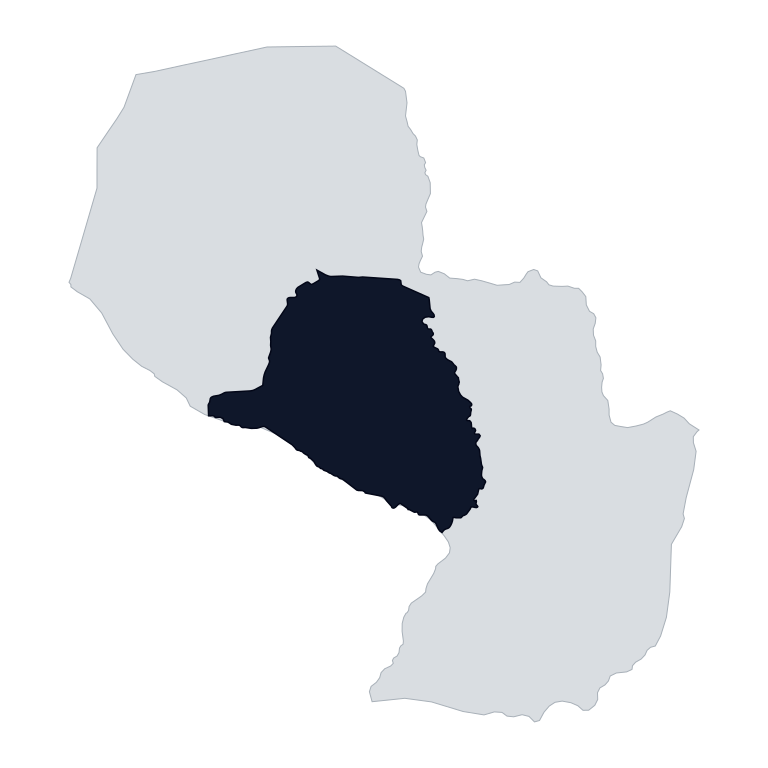 Paraguay, with Presidente Hayes highlighted
{"feature_id": "PRY-605", "entity_name": "Presidente Hayes", "entity_type": "Department", "adm_level": 1, "iso_a3": "PRY", "parent_name": "Paraguay", "parent_adm1": "", "projection": "mercator", "projection_center": [-58.464, -23.686], "detail": "fine", "context": "in_parent", "style": "filled", "palette": "ink", "viewbox_px": 768, "rotation_deg": 0, "n_neighbors": 0, "source": "natural_earth", "source_scale": "10m", "svg_char_len": 8233}
<svg xmlns="http://www.w3.org/2000/svg" viewBox="0 0 768 768"><path d="M405.5,116.0L407.1,121.8L408.1,126.3L410.6,129.5L413.1,133.7L415.5,136.1L417.3,140.0L416.8,144.5L417.8,150.3L419.0,155.4L420.3,156.7L423.8,158.0L425.6,162.6L424.3,164.9L424.8,167.6L426.1,170.2L424.9,172.7L425.5,174.6L427.9,176.3L430.2,182.7L430.4,193.6L427.9,199.4L425.9,204.2L425.5,207.1L426.9,211.4L424.5,216.4L421.5,222.6L422.2,226.8L422.7,230.8L423.0,235.1L423.7,239.1L422.7,243.4L421.7,247.1L421.2,251.4L422.5,256.2L420.3,260.7L419.0,263.9L418.5,267.1L420.7,272.2L426.4,274.3L430.9,274.9L435.1,272.2L438.3,271.4L444.3,273.8L449.7,278.1L456.7,278.6L462.9,279.4L467.6,280.8L474.5,279.2L481.7,280.8L490.1,283.2L497.1,285.3L504.0,284.8L509.2,284.5L514.7,282.1L519.9,282.4L523.8,278.1L526.1,274.3L528.0,271.7L533.7,269.5L537.7,270.9L540.9,277.8L546.6,281.8L548.9,284.8L553.1,286.1L562.2,286.4L567.9,286.1L574.4,288.3L578.6,288.3L582.3,292.0L585.8,296.6L586.3,304.9L589.5,311.3L593.7,313.7L595.9,317.8L595.2,323.4L593.2,329.0L593.5,335.2L595.7,340.9L595.7,346.5L597.2,352.2L600.1,357.0L601.1,364.9L600.6,370.5L602.6,373.8L603.4,378.4L602.1,382.1L601.6,387.3L601.9,391.9L603.4,395.6L607.8,400.5L609.1,409.2L609.1,415.1L611.0,422.2L614.8,425.4L620.7,426.5L627.6,427.6L636.1,426.0L643.5,424.1L647.7,422.2L655.9,417.0L663.1,414.1L666.8,412.2L670.3,410.8L677.5,414.1L684.1,418.1L689.3,423.8L699.0,430.0L697.1,431.6L693.3,436.7L693.4,442.7L696.1,451.3L693.7,469.6L686.2,497.6L683.1,513.9L684.4,518.5L681.7,526.7L671.4,544.3L671.0,556.2L669.8,592.0L666.4,617.3L660.6,636.0L655.3,646.0L650.5,647.3L647.1,650.3L645.0,655.0L641.2,659.0L635.6,662.2L632.5,665.7L632.0,669.4L626.6,671.9L616.3,673.0L610.2,676.0L608.4,681.0L605.0,684.9L599.9,687.9L597.5,692.7L597.7,699.5L594.8,705.3L588.7,710.2L583.0,710.3L577.8,705.7L570.9,702.7L562.2,701.1L555.0,702.3L549.2,706.1L544.0,712.2L539.5,720.5L534.5,721.9L529.0,716.4L522.1,714.7L513.7,716.8L507.0,716.1L502.0,712.4L494.3,711.9L484.0,714.9L463.1,711.5L431.5,701.9L404.8,698.3L372.1,701.7L369.4,691.7L371.1,686.4L376.4,682.3L379.7,677.7L381.1,672.6L384.8,668.7L390.7,666.0L393.3,663.3L392.4,660.5L393.6,658.1L397.1,656.0L399.0,652.6L399.5,648.1L400.8,645.9L403.1,644.2L403.4,641.0L402.1,631.3L402.2,623.4L403.8,617.2L405.9,613.4L407.3,612.5L408.6,610.3L409.1,606.5L411.3,603.1L421.7,595.9L425.6,592.1L426.0,588.5L427.5,583.8L433.7,573.5L435.6,568.7L435.8,566.3L438.0,563.8L445.5,558.1L449.5,552.8L450.2,547.7L448.4,542.0L444.1,535.7L430.8,519.8L420.5,512.6L407.2,506.6L398.5,504.7L394.3,506.8L390.1,505.1L385.8,499.8L378.5,495.5L363.2,490.9L328.5,472.4L314.6,463.5L309.9,458.0L296.9,448.1L275.7,433.8L259.3,426.9L248.0,427.3L229.7,423.2L204.7,414.5L190.2,406.2L186.3,398.0L177.1,389.9L162.4,381.8L154.8,376.4L154.2,373.8L149.9,370.5L141.8,366.4L132.9,359.3L123.1,349.3L112.8,333.9L101.7,313.0L89.8,298.9L77.2,291.7L70.9,286.9L70.9,284.5L69.0,282.3L70.7,278.3L75.3,262.5L82.0,239.6L88.9,215.9L97.0,188.1L97.0,168.5L97.1,147.8L108.6,130.8L116.9,118.7L124.0,107.3L131.2,87.7L136.0,74.6L154.3,71.5L185.5,64.7L201.0,61.4L233.8,54.2L267.0,47.0L302.0,46.5L335.7,46.1L361.9,62.3L381.9,74.7L403.9,88.3L405.5,91.3L407.0,102.8L405.5,116.0Z" fill="#d9dde1" stroke="#a8b0b8" stroke-width="1"/><path d="M215.9,417.5L215.2,417.3L213.7,415.9L213.0,415.7L208.6,415.8L208.2,405.3L208.3,404.7L208.5,404.2L209.5,402.5L209.8,401.5L210.3,398.6L210.7,397.9L211.4,397.2L212.6,396.6L213.7,396.2L219.0,395.3L221.7,394.2L224.1,392.9L225.1,392.5L226.1,392.3L250.4,390.9L253.0,390.4L254.7,389.7L262.2,385.7L262.8,385.3L262.8,385.2L263.5,378.0L264.2,374.8L265.2,371.8L268.5,364.9L269.4,362.6L269.6,361.2L269.4,360.3L268.8,358.8L268.6,358.2L268.6,357.7L270.6,352.2L271.0,350.5L271.2,349.1L270.6,345.3L270.8,341.6L270.5,337.4L270.7,336.5L271.4,333.9L271.5,332.9L271.5,330.8L271.8,329.5L272.5,327.9L287.0,306.2L287.5,305.2L287.6,303.9L287.6,303.6L287.1,299.8L287.3,298.9L287.8,298.3L288.9,297.7L290.1,297.5L294.4,297.5L295.5,297.2L296.3,296.7L296.9,295.7L297.0,295.0L296.9,294.5L295.9,292.6L295.7,291.9L295.7,291.3L295.8,290.5L296.0,290.0L296.4,289.1L297.0,288.3L298.0,287.3L305.7,282.6L306.7,282.2L307.8,282.0L308.5,282.4L309.1,282.8L309.8,283.5L310.4,283.9L311.0,284.3L311.5,284.4L311.9,284.4L313.7,283.5L318.4,280.7L319.5,279.7L319.7,279.2L319.5,278.1L316.9,270.1L325.3,274.8L328.1,275.9L329.9,276.4L331.1,276.5L342.6,276.1L358.6,277.4L362.5,277.0L397.7,279.4L399.6,279.9L400.7,280.7L401.2,284.6L401.8,285.4L402.9,286.1L428.8,297.6L429.2,299.5L430.1,308.7L431.2,311.2L433.1,313.4L434.0,314.7L434.3,316.5L433.6,317.3L431.9,317.3L428.7,316.7L425.2,317.2L422.7,319.0L421.9,321.4L423.5,323.9L424.3,324.2L426.0,324.7L426.6,325.1L427.0,325.9L427.4,327.8L427.9,328.7L428.6,329.1L430.3,329.0L431.0,329.3L431.5,329.9L431.8,330.4L432.2,331.8L433.0,332.8L433.3,333.6L433.2,334.5L432.6,335.4L431.6,336.1L430.9,336.8L431.0,337.6L433.5,340.0L434.5,341.3L434.8,343.0L433.2,346.2L434.3,347.3L437.7,348.9L438.4,349.9L438.9,351.4L440.1,351.9L443.0,351.9L444.4,352.5L445.0,353.5L445.1,354.9L445.1,356.6L445.6,357.9L446.8,359.1L448.3,360.1L451.1,361.5L451.6,361.8L452.2,362.4L454.1,364.9L454.9,365.5L456.1,366.7L456.4,367.2L456.4,369.0L456.2,369.4L455.9,370.3L455.2,371.4L454.8,371.9L454.6,372.5L454.8,373.6L455.3,374.4L456.6,375.7L457.1,376.6L458.1,377.4L458.4,377.8L458.4,378.5L458.9,380.9L459.2,381.8L459.2,382.4L458.9,383.2L458.8,384.1L458.1,385.6L457.9,386.5L457.9,387.5L458.3,389.2L458.4,390.1L458.6,391.3L460.5,394.9L462.5,397.1L468.0,400.2L470.2,402.2L471.4,403.5L471.7,404.2L471.7,405.0L471.3,405.8L470.0,406.3L469.7,406.9L469.9,407.7L470.5,408.3L471.1,408.8L471.3,409.2L471.3,409.9L470.7,412.3L470.5,414.8L470.2,415.7L468.5,416.8L468.2,417.1L468.0,417.5L467.4,418.1L466.9,418.9L466.6,419.9L467.0,420.5L467.9,420.6L468.9,420.6L469.7,420.7L471.1,422.4L471.4,424.4L471.5,426.6L472.3,428.6L473.8,428.1L475.0,428.9L475.6,430.3L475.1,431.7L474.6,432.4L474.5,433.2L474.9,433.9L475.6,434.2L478.3,434.1L479.0,434.2L480.2,435.8L479.5,437.4L478.2,439.0L477.5,440.4L476.2,442.0L475.9,442.4L475.8,442.8L475.8,443.2L475.9,444.3L476.1,445.0L476.4,445.6L477.9,447.2L478.5,448.0L479.3,449.6L479.6,450.6L480.0,455.7L480.6,458.2L481.4,464.0L481.7,465.2L482.6,467.3L482.5,468.1L481.8,470.7L481.5,474.1L481.5,475.7L481.8,476.8L482.3,477.9L482.9,478.9L483.9,479.5L485.1,480.6L485.6,481.9L484.0,485.2L483.6,486.7L483.2,488.0L482.0,488.9L481.2,488.9L480.5,488.7L479.9,488.5L479.0,488.9L478.7,489.5L477.6,494.2L473.7,499.5L473.8,500.0L474.4,500.8L475.0,500.9L475.7,500.4L476.2,500.4L476.4,501.6L476.2,502.6L476.0,503.3L476.0,504.1L476.6,505.0L477.5,506.0L477.8,506.7L477.4,507.2L476.4,507.6L474.8,507.4L472.7,506.9L471.0,507.1L470.2,509.0L466.6,513.9L465.8,514.5L464.9,515.0L464.0,515.4L463.3,515.6L462.7,515.9L461.3,517.5L460.7,517.8L458.3,517.8L456.1,517.8L454.0,517.4L453.1,517.5L452.8,518.7L452.5,520.8L451.8,523.0L450.8,525.2L449.7,526.9L448.7,527.9L447.7,528.4L445.6,529.1L444.5,529.7L443.6,530.5L442.0,532.5L439.7,530.9L438.3,528.9L435.9,523.5L435.0,522.4L432.6,521.2L431.5,520.4L428.2,516.5L427.1,515.6L425.6,515.0L419.7,515.0L418.7,514.6L418.2,513.8L417.9,512.9L417.4,512.2L416.7,512.0L415.0,512.2L414.3,512.2L409.1,509.5L408.2,509.6L407.4,508.3L400.7,503.6L399.3,503.7L398.0,504.6L395.9,506.8L395.0,507.5L394.1,508.0L393.2,508.1L392.3,507.8L391.9,507.4L391.6,506.7L391.2,505.9L386.4,500.5L384.6,498.0L383.7,497.1L382.0,496.2L365.4,493.0L365.0,492.6L364.9,491.9L364.4,491.6L363.8,491.3L363.3,490.9L362.2,490.6L358.4,490.5L356.8,490.1L342.5,479.1L340.1,478.5L339.3,478.0L337.8,476.5L337.1,476.1L336.7,476.0L335.2,475.9L333.8,475.4L331.0,473.5L329.2,472.9L327.1,471.4L323.9,470.3L323.2,469.7L322.8,469.2L322.3,468.8L321.1,468.6L320.4,468.3L319.4,467.2L317.0,466.2L315.7,464.7L314.2,461.8L313.5,461.0L310.6,458.4L308.8,457.6L308.5,456.9L308.3,456.2L308.1,455.6L307.6,455.2L306.0,454.5L304.3,453.5L303.5,452.9L302.7,452.0L302.1,451.5L300.7,451.2L299.4,450.5L297.5,450.2L296.8,449.9L296.2,449.4L294.9,447.6L292.1,444.7L265.1,426.7L263.7,426.4L262.2,426.6L258.7,427.8L256.9,428.2L251.3,428.4L245.4,427.5L243.0,427.6L242.3,427.5L241.5,427.1L240.1,425.7L239.3,425.2L238.6,425.1L235.9,425.2L231.3,424.3L228.8,422.5L227.4,421.9L224.8,421.7L224.3,421.6L223.1,419.0L223.1,418.5L222.4,418.4L221.1,417.6L220.2,417.3L219.4,417.3L215.9,417.5Z" fill="#0f172a" stroke="#020617" stroke-width="1.5"/></svg>